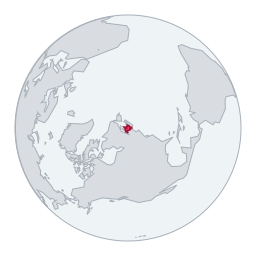 the Earth from above New Brunswick, rotated 248°
{"feature_id": "CAN-684", "entity_name": "New Brunswick", "entity_type": "Province", "adm_level": 1, "iso_a3": "CAN", "parent_name": "Canada", "parent_adm1": "", "projection": "orthographic", "projection_center": [-65.996, 46.339], "detail": "medium", "context": "on_globe", "style": "filled", "palette": "rose", "viewbox_px": 256, "rotation_deg": 248, "n_neighbors": 0, "source": "natural_earth", "source_scale": "10m", "svg_char_len": 10714}
<svg xmlns="http://www.w3.org/2000/svg" viewBox="0 0 256 256"><g transform="rotate(248 128 128)"><circle cx="128" cy="128" r="113" fill="#eef3f6" stroke="#a8b0b8"/><path d="M117.5,240.1L118.3,240.2L116.1,240.0L116.1,239.3L119.0,238.2L120.3,230.8L117.8,228.6L109.1,225.3L98.5,214.5L101.2,210.7L99.0,208.2L106.3,202.6L104.5,195.6L101.9,194.2L99.3,196.4L90.7,190.2L87.8,183.9L62.9,165.0L60.7,160.6L61.2,155.4L56.0,132.7L56.8,151.8L54.2,146.7L52.7,139.1L54.3,138.5L54.3,128.3L52.4,122.7L54.8,110.2L63.8,98.3L64.0,101.6L66.1,98.5L66.1,94.3L65.5,92.3L72.8,78.0L73.8,66.2L70.4,64.4L74.1,63.5L65.1,61.6L63.2,57.5L67.6,61.0L69.9,60.6L69.8,57.2L72.0,56.0L73.3,53.8L76.0,52.8L78.4,55.2L80.2,54.7L80.0,52.4L82.6,50.1L82.6,53.6L87.2,50.1L92.0,54.0L89.8,65.2L94.7,67.4L98.5,79.2L100.5,77.6L103.1,81.3L106.4,80.9L106.2,83.5L109.0,81.0L108.5,78.8L109.6,77.0L111.5,76.7L111.6,79.8L110.6,80.4L111.6,81.1L110.8,82.9L112.3,81.8L112.1,85.7L115.1,81.4L117.2,84.2L116.4,86.9L112.8,87.2L102.1,95.0L100.1,98.2L100.9,102.4L110.0,108.9L109.3,112.5L111.0,116.9L113.1,114.6L112.4,110.3L116.6,107.3L115.4,102.7L116.9,100.9L117.0,96.1L120.9,96.4L124.6,99.3L124.7,103.3L126.3,104.8L129.4,100.7L132.6,108.3L140.0,113.6L140.4,115.8L135.5,120.0L127.5,120.4L121.1,126.8L129.2,122.3L130.1,128.2L131.9,129.1L134.1,128.7L135.3,126.4L136.5,128.5L128.9,133.5L127.8,131.7L130.2,130.0L126.4,130.4L121.3,134.2L122.2,137.1L113.6,140.5L114.1,142.8L112.5,144.9L112.3,141.1L112.5,148.1L102.6,154.5L102.7,166.3L98.3,156.5L94.1,154.5L89.0,153.5L88.9,155.4L82.3,152.0L75.9,154.0L73.0,162.3L74.8,169.8L82.3,172.5L84.8,169.5L90.4,170.2L85.8,178.9L95.5,182.5L94.2,189.2L96.9,193.1L101.9,193.1L107.1,195.4L110.9,192.1L117.0,190.4L117.0,195.8L120.4,191.1L123.8,193.8L135.9,193.4L135.0,194.7L145.2,200.0L156.5,200.9L159.1,203.9L157.7,206.3L161.6,206.1L161.7,207.4L177.3,205.0L185.3,205.1L185.1,209.2L178.4,216.1L172.2,225.5L160.2,230.9L157.1,233.6L147.6,237.7L140.3,238.4L142.4,239.0L138.4,239.8L133.6,240.1L132.8,240.4L129.3,240.5L131.7,240.6L129.7,240.6L117.5,240.1ZM21.4,103.2L22.3,101.2L21.8,103.6L21.4,103.2ZM22.9,99.3L22.5,100.1L22.8,99.3L22.9,99.3ZM23.0,98.2L22.9,99.0L22.9,98.2L23.0,98.2ZM23.1,96.9L23.1,97.5L23.1,96.9ZM101.8,170.0L113.0,176.7L106.4,176.6L107.7,175.8L104.9,173.3L99.7,170.4L94.0,170.5L101.8,170.0ZM23.7,94.4L23.8,93.8L23.9,94.2L23.7,94.4ZM107.4,164.5L105.4,163.8L107.4,164.0L107.4,164.5ZM64.9,91.7L65.8,94.4L65.1,98.7L64.0,96.6L64.9,91.7ZM66.7,83.8L67.8,84.6L65.3,87.5L65.5,86.2L66.7,83.8ZM67.4,63.5L67.8,65.3L66.7,63.9L67.4,63.5ZM73.0,53.7L72.2,53.6L73.2,52.5L73.0,53.7ZM114.9,96.4L115.9,96.3L115.4,97.2L114.9,96.4ZM114.0,94.5L112.6,95.6L111.9,94.9L112.8,94.2L114.0,94.5ZM78.2,50.1L80.1,48.5L78.6,50.5L78.2,50.1ZM115.8,93.3L110.9,93.5L109.8,92.2L112.3,88.6L115.8,93.3ZM81.5,47.8L85.9,44.2L84.5,43.5L91.1,43.5L85.1,46.5L83.5,49.0L83.1,47.6L81.5,47.8ZM107.6,78.3L108.1,80.6L106.0,79.0L107.6,78.3ZM105.9,77.7L97.7,75.8L97.9,72.4L100.6,73.6L99.4,69.6L103.5,68.8L105.1,70.8L104.2,73.2L106.5,71.1L105.9,77.7ZM94.0,44.2L95.4,43.8L94.4,44.7L94.0,44.2ZM109.9,76.2L108.2,76.1L108.2,73.0L111.6,72.8L110.5,73.8L109.9,76.2ZM97.1,69.0L97.7,66.8L101.2,65.5L101.9,64.5L103.6,68.5L97.1,69.0ZM111.5,74.4L113.3,72.8L115.0,73.9L111.5,76.2L111.5,74.4ZM106.8,72.4L107.0,71.0L108.0,71.7L106.8,72.4ZM122.1,77.4L120.1,77.1L119.9,75.5L122.1,77.4ZM113.9,72.1L113.3,71.7L113.0,71.1L114.5,70.4L113.9,72.1ZM106.0,67.4L107.3,67.4L105.4,65.7L108.0,64.8L108.7,67.7L109.5,66.0L110.3,65.8L110.0,68.4L106.0,67.4ZM115.2,67.7L117.0,71.3L120.7,72.1L121.0,73.5L114.9,72.0L115.2,67.7ZM112.1,67.9L114.1,68.1L113.4,69.7L111.7,70.6L112.1,67.9ZM109.5,63.2L105.4,63.8L105.4,63.2L109.5,63.2ZM116.4,67.6L116.0,66.8L116.8,67.5L116.4,67.6ZM111.8,64.2L110.3,64.4L110.3,63.7L111.8,64.2ZM116.3,64.9L116.8,66.0L115.7,66.6L116.3,64.9ZM114.3,64.3L114.7,63.3L114.9,66.2L113.7,64.6L114.3,64.3ZM112.0,63.4L111.6,63.1L112.6,63.4L112.0,63.4ZM120.4,62.2L120.9,65.8L118.3,67.0L118.2,63.4L120.4,62.2ZM212.5,53.6L214.7,56.1L216.3,58.4L215.5,57.9L217.2,60.5L219.0,61.6L225.0,70.8L230.2,80.6L225.7,78.2L224.4,76.4L224.0,76.1L226.3,79.5L224.6,78.9L229.8,82.0L231.8,85.2L232.1,85.0L234.9,92.5L237.2,100.3L238.9,108.2L240.0,116.2L240.6,124.2L240.6,132.3L240.0,140.4L238.8,148.3L237.0,156.2L237.4,154.6L236.7,150.9L237.0,143.8L236.2,143.2L234.8,147.5L233.4,146.8L232.3,149.0L223.3,165.1L218.8,165.9L209.4,160.6L209.8,153.8L206.9,148.6L207.2,115.6L210.6,112.6L214.7,97.0L215.8,95.9L219.0,100.8L224.9,94.8L222.5,88.8L224.3,82.1L223.2,76.1L216.3,67.8L218.2,77.4L214.9,76.2L210.5,65.9L208.4,58.0L207.0,57.3L205.4,60.2L201.8,56.5L204.4,61.1L205.7,60.6L207.3,63.6L206.3,64.3L205.1,62.9L204.9,64.9L210.8,71.5L212.6,71.8L213.9,79.2L217.2,80.5L218.6,83.6L213.7,82.7L211.8,81.0L205.2,83.0L207.3,85.5L213.7,83.8L213.1,85.3L215.9,89.0L213.3,87.3L205.7,88.8L204.9,96.1L209.1,110.4L207.5,114.7L203.7,116.8L196.7,107.7L201.2,99.1L198.8,96.1L193.3,95.3L195.1,92.9L193.4,91.6L194.6,88.4L191.8,82.0L192.4,78.7L187.0,74.5L186.5,72.3L189.9,75.4L192.5,75.9L193.3,68.3L192.2,66.4L188.6,64.3L189.3,62.7L185.7,61.7L184.0,57.0L183.0,62.0L178.8,60.2L175.4,56.6L173.8,57.0L179.3,62.9L181.6,64.4L183.9,64.3L190.2,69.9L190.8,72.9L183.6,70.8L183.7,75.0L178.0,71.8L166.7,57.4L164.2,52.5L169.3,47.0L172.4,48.7L172.1,51.5L176.4,50.1L174.1,49.6L174.7,48.4L170.7,46.6L171.0,45.6L166.8,45.7L166.6,44.3L169.3,44.3L163.3,40.9L161.8,38.1L160.3,37.8L159.2,38.3L158.0,34.5L157.0,34.5L156.9,35.7L154.9,36.5L150.9,36.5L150.7,35.2L152.1,35.0L154.8,32.8L158.7,32.7L158.2,32.2L154.8,32.0L151.5,34.7L149.1,35.1L150.2,33.6L149.6,34.1L148.4,34.0L147.0,32.6L145.5,34.2L132.0,34.9L127.9,32.7L130.5,31.0L120.8,30.9L117.0,29.0L117.0,30.0L112.4,31.0L113.5,31.6L113.2,32.2L101.9,35.6L99.1,35.6L94.2,38.8L94.2,39.4L96.0,39.5L91.1,43.5L84.5,43.5L84.8,42.1L80.5,43.3L81.8,40.0L81.0,38.1L85.0,34.2L83.9,33.2L82.3,33.8L79.7,33.1L79.9,29.9L86.8,29.7L88.0,35.1L88.1,32.5L90.1,32.4L91.5,31.1L91.4,29.5L90.1,29.7L100.6,24.4L104.6,20.6L99.2,22.0L96.3,22.2L96.1,20.4L103.3,18.1L111.2,16.6L119.1,15.7L127.2,15.4L135.2,15.6L143.2,16.4L151.1,17.8L158.9,19.7L166.6,22.2L174.0,25.2L181.2,28.7L188.2,32.8L194.8,37.3L201.1,42.3L207.0,47.7L212.5,53.6ZM211.1,129.0L212.0,130.8L211.1,129.0ZM208.8,53.1L205.8,48.6L202.6,47.3L201.1,45.6L200.6,45.9L202.3,47.3L200.3,47.8L197.3,44.9L195.3,44.2L196.3,45.7L202.0,51.0L205.0,50.1L207.6,52.6L208.8,53.1ZM136.3,193.3L137.8,194.3L135.8,194.4L136.3,193.3ZM105.4,178.9L107.8,179.4L109.0,180.4L107.1,180.5L105.4,178.9ZM125.9,180.6L128.8,181.1L125.8,181.5L125.9,180.6ZM114.7,177.5L123.7,180.3L117.9,181.8L112.3,180.0L116.2,179.8L114.7,177.5ZM106.0,168.0L107.5,168.7L106.9,169.8L106.0,168.0ZM108.8,164.7L108.2,164.7L107.5,163.7L108.8,164.7ZM130.5,127.9L131.2,127.5L133.4,127.7L132.3,128.6L130.5,127.9ZM143.8,122.5L145.3,126.0L143.4,124.1L142.2,126.0L136.6,124.6L140.3,116.8L139.6,120.5L143.8,122.5ZM130.3,120.9L133.4,122.4L129.9,121.0L130.3,120.9ZM182.9,88.6L184.8,88.0L186.5,90.2L185.7,95.0L183.2,91.8L182.9,88.6ZM187.0,86.8L180.1,83.7L180.2,80.9L181.3,83.0L182.1,81.3L184.1,84.3L191.1,84.8L193.1,86.9L190.6,94.2L190.3,90.6L188.5,91.3L187.0,86.8ZM161.9,83.1L158.9,82.3L163.2,77.0L165.5,78.4L165.0,83.0L161.9,84.2L161.9,83.1ZM121.1,87.0L119.6,87.5L119.6,86.6L120.8,85.4L121.1,87.0ZM121.2,77.4L127.3,84.3L126.0,85.1L131.2,88.4L129.7,91.9L126.4,89.6L129.2,95.0L125.6,94.3L127.8,97.7L120.6,92.1L117.5,91.9L121.5,90.8L123.0,87.5L122.6,86.0L119.4,81.8L113.4,79.9L113.9,76.6L115.8,74.8L117.3,74.7L116.6,76.8L119.1,75.2L119.2,78.3L121.2,77.4ZM138.1,58.1L136.6,60.1L141.8,58.4L141.8,61.0L142.4,60.7L143.9,62.7L146.7,64.6L146.2,65.8L147.5,66.1L148.5,67.5L150.2,68.3L149.8,70.8L151.8,72.0L150.5,72.5L154.0,74.0L151.3,74.0L152.3,76.1L154.4,74.9L148.6,87.6L148.3,93.3L149.6,98.1L144.7,97.9L140.4,93.4L137.1,87.2L138.1,82.0L135.7,82.9L135.5,80.8L137.4,80.9L134.3,79.4L134.6,77.7L131.6,72.9L126.8,72.1L125.6,70.5L127.7,69.9L125.0,68.7L128.1,66.6L127.3,65.4L129.6,62.2L134.0,62.1L132.8,60.7L134.4,58.5L138.1,58.1ZM121.1,61.4L126.4,60.3L129.0,61.3L124.0,66.4L124.3,67.8L121.2,71.3L117.5,69.9L118.7,69.0L119.1,67.8L120.1,68.7L119.5,67.1L121.2,65.8L121.2,64.2L122.9,64.3L121.1,61.4ZM214.9,92.7L215.3,91.5L215.5,89.3L217.3,91.7L214.9,92.7ZM209.8,93.8L209.9,92.4L212.6,94.5L212.1,95.8L209.8,93.8ZM207.7,90.0L209.7,92.2L208.4,91.8L207.7,90.0ZM189.7,74.1L189.5,72.6L190.4,72.9L191.5,74.2L189.7,74.1ZM153.5,54.5L152.2,55.3L151.6,54.8L147.7,54.9L147.3,53.1L149.6,52.3L153.5,54.5ZM218.0,70.5L219.6,73.4L219.2,73.7L218.7,72.6L218.0,70.5ZM219.5,83.0L220.2,80.9L219.9,83.7L219.5,83.0ZM152.5,52.6L150.9,52.8L151.7,51.8L152.5,52.6ZM146.9,51.8L147.4,50.6L146.8,52.9L146.9,51.8ZM147.2,39.0L153.1,40.7L157.1,41.0L159.0,39.7L158.9,42.4L152.7,41.9L147.2,39.0ZM133.9,35.5L132.3,36.8L131.3,36.0L131.5,35.5L133.9,35.5ZM134.1,36.5L135.3,38.7L133.3,39.4L132.8,37.4L134.1,36.5ZM144.1,45.2L145.9,45.8L145.2,46.5L144.1,45.2ZM90.5,21.8L89.1,22.3L88.1,22.7L90.5,21.8ZM91.1,21.6L91.0,22.1L86.2,23.9L85.1,24.1L87.2,23.1L89.6,22.2L91.1,21.6ZM89.6,22.8L91.9,22.0L96.7,22.5L96.5,23.1L90.3,23.3L92.2,22.6L91.9,22.3L89.6,22.8ZM95.0,43.2L95.4,43.7L94.2,43.7L95.0,43.2ZM113.9,32.5L113.3,33.3L111.9,33.1L113.9,32.5ZM110.7,35.5L112.7,35.2L110.7,36.0L110.7,35.5ZM117.1,34.4L113.5,35.3L116.8,33.7L117.1,34.4Z" fill="#d9dde1" stroke="#a8b0b8" stroke-width="1"/><path d="M126.4,130.3L126.3,130.2L126.2,130.3L126.0,130.1L126.0,129.9L125.9,129.6L126.0,129.6L126.0,129.4L125.8,129.4L125.5,129.2L125.5,128.9L125.6,126.5L125.0,125.9L124.1,126.3L123.9,126.0L124.6,125.8L124.8,125.6L124.9,124.8L125.2,124.8L125.2,124.7L125.9,124.7L125.9,124.8L126.2,125.0L126.3,124.9L126.6,124.9L126.8,124.7L127.0,124.8L127.5,124.6L127.7,124.8L128.3,125.0L128.5,125.4L128.4,125.4L128.5,125.5L129.0,125.1L129.3,125.0L129.2,125.2L129.5,125.1L129.6,125.3L129.7,125.2L129.8,125.2L129.6,125.4L129.6,125.5L129.4,125.7L129.5,125.7L129.4,125.8L129.5,125.7L129.4,126.1L128.8,126.5L129.1,126.5L129.3,126.5L129.6,126.5L129.5,126.9L129.6,127.2L129.5,127.3L129.8,127.7L129.7,127.7L129.9,127.8L129.9,128.0L129.9,127.9L130.0,128.0L130.4,128.2L130.5,128.3L130.8,128.3L131.0,128.4L130.9,128.5L130.6,128.5L130.4,129.0L130.2,128.9L130.3,128.9L130.1,129.2L130.0,128.8L129.9,128.9L129.8,128.5L129.7,128.5L129.9,128.9L129.8,129.1L129.7,129.4L128.3,130.2L128.1,130.2L127.8,130.0L128.0,129.8L128.0,129.7L127.9,129.9L127.7,130.0L127.9,130.1L127.7,130.3L127.6,130.2L127.6,130.3L127.4,130.5L127.3,130.3L127.0,130.5L126.9,130.5L126.9,130.4L126.8,130.5L126.7,130.4L126.8,130.4L126.7,130.3L126.6,130.5L126.3,130.2L126.4,130.3ZM126.7,131.4L126.8,131.0L127.0,131.1L127.0,131.4L126.9,131.3L126.7,131.4ZM130.0,124.9L129.9,125.1L129.7,125.2L129.8,125.1L129.7,125.1L130.0,124.9ZM129.9,124.9L130.0,124.7L130.0,124.8L129.9,124.9ZM126.7,130.7L126.7,130.9L126.7,130.7ZM126.7,130.6L126.6,130.8L126.6,130.7L126.7,130.6Z" fill="#f43f5e" stroke="#9f1239" stroke-width="1.5"/></g></svg>